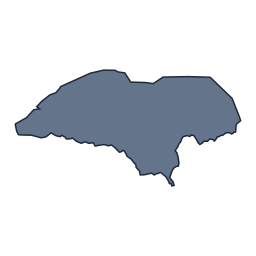 Kyperounta, Limassol, Cyprus (orthographic projection)
{"feature_id": "46923920B55670289324505", "entity_name": "Kyperounta", "entity_type": "district", "adm_level": 2, "iso_a3": "CYP", "parent_name": "Cyprus", "parent_adm1": "Limassol", "projection": "orthographic", "projection_center": [32.975, 34.94], "detail": "fine", "context": "isolated", "style": "filled", "palette": "slate", "viewbox_px": 256, "rotation_deg": 0, "n_neighbors": 0, "source": "geoboundaries", "source_scale": "gbopen_adm2", "svg_char_len": 1699}
<svg xmlns="http://www.w3.org/2000/svg" viewBox="0 0 256 256"><path d="M238.1,113.6L232.1,98.4L210.2,77.3L205.4,77.1L188.0,76.6L183.1,76.7L172.2,76.9L163.0,77.1L153.3,83.6L145.0,82.5L130.7,82.1L124.8,72.9L117.9,71.9L115.1,70.3L103.7,70.1L90.3,73.2L60.6,86.6L59.9,88.1L55.9,92.7L49.9,94.9L41.8,101.2L36.7,106.7L39.5,108.9L33.8,109.7L26.3,117.8L15.4,123.9L15.4,125.2L16.7,131.2L18.1,134.2L18.8,134.8L25.3,135.1L31.0,135.1L41.2,137.8L46.0,136.9L50.9,132.9L56.2,135.8L60.3,136.7L61.5,135.2L65.0,137.1L66.3,138.9L70.2,138.9L72.4,138.0L76.4,141.3L81.3,143.3L85.3,141.7L88.6,143.3L93.2,142.8L95.2,146.1L97.3,145.6L101.3,144.9L104.3,144.6L108.4,145.8L111.4,145.0L114.6,147.3L119.3,152.2L121.4,151.7L123.1,150.4L124.6,151.3L127.2,156.4L131.0,159.0L133.8,162.5L136.0,165.1L136.1,167.3L139.6,171.3L140.2,174.9L144.4,174.8L147.2,174.2L151.4,173.2L154.4,175.0L156.0,173.8L157.6,173.6L160.6,172.4L166.0,176.9L168.2,180.6L169.5,183.6L170.4,183.6L171.0,183.6L171.8,185.9L173.8,185.5L174.1,185.4L173.1,181.9L171.6,180.0L169.7,177.6L170.7,174.9L171.6,172.2L172.5,170.1L173.8,168.1L175.9,166.6L178.4,166.1L178.9,162.9L178.1,157.3L176.9,152.7L175.2,150.9L175.3,150.8L176.5,148.5L177.7,147.0L178.7,144.4L181.0,141.3L181.8,138.5L183.5,136.5L187.3,135.6L189.9,136.5L191.0,135.1L193.8,135.5L196.0,138.8L198.1,142.7L199.9,144.5L202.7,142.8L203.6,141.2L207.5,141.3L209.8,139.0L213.0,139.6L214.4,141.1L216.6,138.5L217.3,136.7L219.1,136.7L220.8,135.3L222.6,135.4L226.0,132.8L228.3,132.7L230.1,133.0L231.2,133.9L232.9,133.4L233.7,132.4L234.9,132.2L235.7,131.8L235.7,130.2L235.9,128.9L235.9,127.6L236.0,125.7L236.6,124.0L240.6,120.7L240.3,119.6L239.3,116.6L238.1,113.6Z" fill="#64748b" stroke="#1e293b" stroke-width="1.5"/></svg>